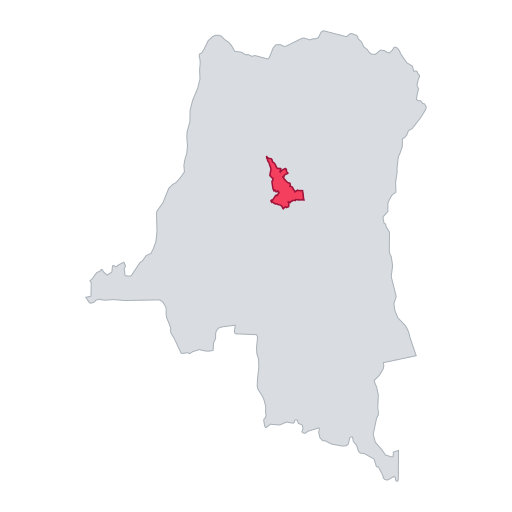 Ikela, Équateur, Democratic Republic of the Congo (highlighted)
{"feature_id": "63176286B75913983063727", "entity_name": "Ikela", "entity_type": "district", "adm_level": 2, "iso_a3": "COD", "parent_name": "Democratic Republic of the Congo", "parent_adm1": "Équateur", "projection": "equal_earth", "projection_center": [23.073, -0.987], "detail": "fine", "context": "in_parent", "style": "filled", "palette": "rose", "viewbox_px": 512, "rotation_deg": 0, "n_neighbors": 0, "source": "geoboundaries", "source_scale": "gbopen_adm2", "svg_char_len": 8676}
<svg xmlns="http://www.w3.org/2000/svg" viewBox="0 0 512 512"><path d="M416.2,355.7L383.2,362.7L383.8,365.2L383.5,367.9L382.7,369.9L379.3,375.4L374.3,380.4L374.3,381.6L376.7,387.3L378.3,394.9L377.8,408.5L378.4,412.1L378.3,415.0L376.6,418.1L373.2,434.4L375.3,442.2L381.8,449.6L385.5,455.0L392.0,457.0L393.0,456.7L393.4,452.1L398.5,450.4L398.3,479.3L397.9,480.9L396.9,481.3L395.7,480.3L395.3,477.6L394.0,476.4L387.8,480.0L386.2,479.9L384.5,479.3L383.2,477.8L382.9,475.6L378.5,467.2L376.4,466.6L374.0,459.0L364.2,453.5L360.4,453.1L358.5,451.4L356.6,445.4L353.3,441.5L352.6,437.3L351.9,436.7L349.9,437.5L348.2,444.3L346.0,445.9L341.9,446.0L331.8,444.1L324.6,440.6L322.8,440.8L319.9,437.7L318.7,432.5L319.4,428.5L318.8,427.9L307.8,431.3L305.2,433.3L302.7,432.8L301.9,431.7L303.0,428.9L302.5,426.0L301.7,424.6L298.4,423.5L297.4,420.3L295.4,419.8L294.7,420.3L294.2,422.5L293.1,423.2L286.5,422.1L279.6,425.0L270.5,424.2L266.1,427.6L265.5,427.5L264.6,425.8L263.7,420.3L264.1,418.8L265.5,417.7L266.0,415.5L265.5,409.8L265.9,408.5L265.4,405.2L264.0,399.9L262.1,395.7L258.0,389.3L257.2,386.3L257.5,379.1L258.8,367.7L258.6,359.3L256.9,353.8L256.5,347.9L257.6,337.2L256.6,334.7L235.6,333.8L234.8,333.0L234.4,331.5L235.3,325.2L222.6,326.8L218.7,328.0L216.4,330.6L215.6,333.8L215.6,338.4L213.6,342.8L213.1,350.3L209.6,351.1L206.1,351.1L199.3,349.6L192.7,351.7L189.4,353.7L187.7,352.7L181.8,353.5L181.0,352.9L174.1,338.2L171.1,333.3L170.5,330.9L170.7,328.6L169.9,325.5L166.7,317.9L166.1,314.4L166.2,308.9L165.8,307.0L163.0,302.3L161.1,300.7L159.0,299.9L124.8,300.5L113.5,299.6L105.2,300.2L101.1,299.8L99.9,299.1L96.1,300.1L94.2,302.1L91.2,303.2L89.4,302.8L85.8,297.3L90.6,296.3L91.0,295.8L91.2,282.6L89.9,280.8L92.5,278.5L96.6,272.7L100.7,270.7L101.2,269.5L102.1,269.5L103.6,272.0L107.1,275.1L111.5,272.3L111.9,271.6L112.5,265.9L113.5,265.4L115.4,266.6L116.5,266.6L118.3,265.0L123.9,262.2L125.5,265.8L124.1,269.1L124.7,271.4L124.9,275.0L125.8,275.8L130.2,276.2L131.5,275.3L140.1,262.4L142.4,260.9L146.1,255.7L150.9,253.4L153.0,249.4L155.8,242.1L157.0,231.6L156.5,213.5L156.9,211.1L162.8,203.0L168.8,188.2L172.9,184.3L175.9,182.7L180.7,177.3L184.4,171.9L183.9,165.3L184.8,159.9L186.8,153.0L187.5,145.7L186.8,138.0L187.1,131.7L189.9,121.6L190.1,110.1L192.6,100.4L197.7,88.2L200.0,79.0L199.6,70.0L200.2,63.4L200.0,59.5L199.1,56.1L199.6,54.0L201.5,53.1L203.8,49.7L208.1,40.8L212.6,36.5L215.8,35.2L219.1,35.3L221.2,36.1L224.7,39.6L228.7,42.3L231.7,45.8L234.6,51.2L241.7,52.3L244.8,54.3L246.6,55.0L247.3,54.5L248.8,54.8L252.1,56.4L254.8,55.5L267.9,59.0L269.4,57.3L273.1,48.0L275.8,44.9L280.3,44.6L283.8,46.3L285.7,46.3L301.8,38.4L303.9,38.0L309.8,39.9L313.6,38.6L315.1,39.0L318.4,37.6L321.1,32.1L323.3,30.7L346.5,36.7L350.0,33.8L351.7,33.5L356.9,35.6L358.4,39.0L361.5,41.9L363.8,46.8L367.2,49.5L369.0,52.1L371.0,53.9L375.2,54.5L380.5,50.1L384.3,50.6L388.1,52.9L389.4,52.9L392.3,50.3L393.8,47.6L395.3,47.0L397.5,48.2L399.4,50.7L401.0,54.4L406.8,62.7L412.4,66.2L413.8,71.3L415.9,70.9L416.9,71.3L418.3,74.5L419.4,75.2L419.6,76.5L418.2,79.6L416.9,85.4L418.6,88.9L417.2,94.1L416.4,99.5L418.3,100.8L420.6,100.7L422.8,103.5L424.5,103.9L426.2,106.9L425.8,109.4L420.3,118.1L412.0,128.8L409.2,130.1L407.8,132.1L406.7,135.2L404.3,137.8L402.4,138.9L402.3,146.6L399.5,154.6L398.4,156.3L396.9,169.3L397.2,171.5L395.6,182.2L395.9,192.1L391.9,195.2L389.1,200.1L387.9,203.5L387.9,211.5L383.3,216.5L383.0,217.6L384.1,223.3L385.8,224.2L385.8,226.1L389.5,232.2L389.3,251.0L389.5,252.8L391.4,257.3L392.6,265.8L391.2,276.6L396.2,296.4L393.9,303.7L394.9,310.6L397.9,317.9L404.9,325.1L406.8,328.0L408.6,332.0L410.2,338.2L416.2,355.7Z" fill="#d9dde1" stroke="#a8b0b8" stroke-width="1"/><path d="M270.9,200.8L271.0,200.9L271.0,201.0L271.2,201.3L271.3,201.4L271.5,201.5L271.4,201.7L271.5,202.1L271.8,202.4L272.0,202.3L272.1,202.2L272.4,202.2L272.7,202.2L272.8,202.2L272.9,202.4L273.1,202.5L273.3,202.7L273.6,202.8L273.8,203.0L274.0,203.3L274.3,203.5L274.5,203.4L274.8,203.5L275.0,203.6L275.2,203.8L275.4,203.8L275.9,204.1L276.1,204.0L276.4,203.9L276.5,203.9L276.9,203.9L277.0,203.9L277.1,204.0L277.3,204.1L277.6,204.3L278.0,204.5L278.4,204.6L278.5,204.7L278.8,204.7L278.9,204.8L279.6,204.8L279.8,204.9L280.1,205.0L280.9,205.5L281.4,205.9L281.9,206.3L282.0,206.6L282.4,207.4L282.5,207.6L282.6,207.9L282.8,208.2L282.8,208.3L282.9,208.5L283.0,208.5L283.3,208.8L283.7,208.6L284.1,207.5L285.8,206.8L286.0,207.1L286.2,207.5L286.5,207.6L288.7,206.6L288.7,206.4L288.7,206.2L288.7,205.9L288.7,205.4L288.8,205.2L288.7,204.8L288.9,204.0L288.8,203.7L288.7,203.6L288.6,202.9L288.4,202.5L288.3,202.0L288.3,201.8L288.6,201.9L290.1,202.6L290.4,202.5L290.5,202.4L290.7,201.8L290.8,201.6L291.0,201.4L291.8,201.2L292.0,201.2L292.5,200.6L292.8,200.5L293.9,200.4L294.7,200.4L295.2,200.5L295.3,200.5L295.4,200.0L295.5,199.8L295.6,199.6L295.9,199.5L296.1,199.7L296.3,199.7L296.5,199.7L296.9,199.8L297.2,199.7L297.7,199.8L297.8,199.7L298.0,199.8L298.3,199.7L298.5,199.9L298.8,200.0L299.0,199.8L299.5,199.9L299.6,200.0L300.6,199.9L300.9,199.8L301.3,199.8L301.8,199.9L302.8,199.9L303.9,200.0L304.0,200.0L303.7,198.8L303.4,198.5L303.5,197.8L303.2,195.0L303.0,192.9L302.7,192.2L302.6,190.6L300.9,190.6L298.4,190.5L297.4,190.1L297.2,190.4L297.0,190.6L296.6,190.7L296.5,190.8L296.3,191.0L296.2,191.2L295.7,191.2L295.6,191.3L295.5,191.5L295.4,191.6L295.0,191.9L294.5,190.9L294.5,190.4L294.3,190.2L294.2,190.2L293.5,189.7L293.3,189.5L293.2,188.7L293.0,188.4L292.6,187.9L292.6,187.4L292.0,186.9L291.5,186.6L291.3,186.6L290.8,186.3L290.4,186.3L290.0,186.4L289.9,186.3L289.9,186.1L290.3,184.5L290.2,183.9L289.7,183.0L289.2,183.0L288.7,183.0L288.3,182.7L287.4,182.4L286.7,181.6L286.1,181.0L285.4,180.3L285.2,180.3L284.9,179.5L284.6,179.2L284.4,178.9L283.8,178.4L283.7,178.2L283.6,177.7L283.3,177.5L282.8,177.0L282.9,176.7L283.2,176.6L283.6,176.7L283.8,176.9L283.9,176.7L284.0,176.6L284.0,176.4L284.1,176.0L284.1,175.6L284.2,175.3L284.3,175.2L284.5,175.1L284.9,174.9L285.1,174.8L285.2,174.7L285.3,174.4L285.9,174.3L286.1,174.1L286.8,173.8L287.1,173.7L287.5,173.6L287.8,173.4L287.9,173.0L287.7,172.8L287.2,172.4L286.7,171.8L286.4,170.5L286.4,169.5L286.2,169.4L286.0,169.0L285.8,168.7L285.7,168.6L285.4,168.5L284.9,168.8L284.6,168.8L284.3,169.1L284.1,169.2L283.8,169.2L283.4,169.5L282.6,169.7L282.1,170.1L281.8,170.6L281.4,170.8L281.1,171.3L280.5,171.6L280.4,171.8L280.2,172.1L280.0,171.8L280.0,171.7L280.2,171.2L280.2,170.9L280.3,170.6L280.3,170.4L280.4,169.9L280.6,169.5L280.5,169.2L280.6,168.8L280.7,168.6L280.2,168.4L279.9,168.4L279.6,168.4L279.1,168.4L277.3,168.4L277.1,168.2L276.8,167.5L276.6,167.1L276.4,166.8L276.2,166.7L275.9,166.3L275.9,165.9L275.8,165.6L275.6,165.2L274.7,163.6L274.3,163.3L274.0,162.9L273.5,162.5L273.2,162.3L273.1,162.2L272.6,162.1L272.5,161.9L272.6,161.7L272.4,161.4L272.3,161.1L272.3,160.7L272.2,160.5L272.1,160.4L272.0,159.6L271.8,159.4L271.5,159.1L271.1,158.7L269.9,158.6L269.2,158.4L268.6,158.3L268.2,158.0L267.9,157.7L267.5,157.5L267.2,157.3L266.4,155.9L266.6,156.4L266.6,156.7L266.6,157.1L266.8,157.7L266.8,158.1L266.8,158.3L267.0,158.6L267.2,159.0L267.4,159.3L267.5,159.6L267.6,159.8L267.6,160.2L267.6,160.4L267.7,160.9L267.8,161.0L268.0,161.3L268.3,161.7L268.7,162.2L268.8,162.3L268.9,162.5L269.3,163.7L269.3,163.9L269.8,165.3L270.1,166.2L270.3,166.8L270.4,167.1L270.8,168.2L270.8,168.4L270.8,168.6L270.8,168.9L270.8,169.1L270.9,169.4L270.9,169.6L270.9,169.8L270.8,170.1L270.8,170.4L270.7,170.8L270.6,171.2L270.5,171.7L270.4,172.0L270.3,172.7L270.2,173.2L269.9,174.5L269.9,175.1L269.9,175.5L270.0,175.8L270.3,175.8L270.5,176.0L270.9,176.6L271.1,176.9L271.2,177.1L271.4,177.3L271.6,177.5L271.8,177.6L272.0,177.8L272.3,178.0L272.5,178.2L272.8,178.3L273.0,178.4L273.0,178.5L272.9,178.8L272.9,179.0L272.9,179.5L273.0,180.0L272.9,180.1L272.7,180.2L272.5,180.3L272.4,180.4L272.3,180.6L272.2,180.8L272.0,181.4L272.0,181.7L272.0,182.2L272.0,182.6L272.3,184.3L272.4,185.1L272.6,186.4L272.7,187.3L272.9,188.4L273.0,188.6L273.2,189.2L273.5,189.9L273.6,190.2L273.7,190.4L273.8,190.7L273.9,190.9L274.0,191.0L274.1,190.9L274.2,190.6L274.4,190.0L274.5,189.9L274.8,190.0L275.1,190.4L275.4,190.7L275.6,190.9L275.7,191.2L275.7,191.3L275.8,191.5L276.0,191.8L276.4,191.7L276.5,191.7L276.9,191.8L277.0,191.8L277.2,191.7L277.8,191.0L278.2,191.5L278.3,191.7L278.6,191.8L278.7,192.2L278.9,192.4L278.9,192.5L279.0,192.8L278.9,193.0L278.7,193.1L278.5,193.3L278.4,193.5L278.2,193.9L277.8,194.4L277.5,194.9L277.4,195.1L277.3,195.3L277.1,195.6L276.8,195.3L276.6,195.1L276.3,195.1L275.7,195.5L275.5,195.8L275.4,195.9L275.2,196.0L274.7,197.0L274.2,197.7L273.6,198.6L273.4,198.9L273.0,199.4L272.8,199.6L272.5,200.1L272.4,200.2L272.0,200.0L271.9,200.0L271.6,200.0L271.3,200.3L271.0,200.5L270.9,200.8Z" fill="#f43f5e" stroke="#9f1239" stroke-width="1.5"/></svg>